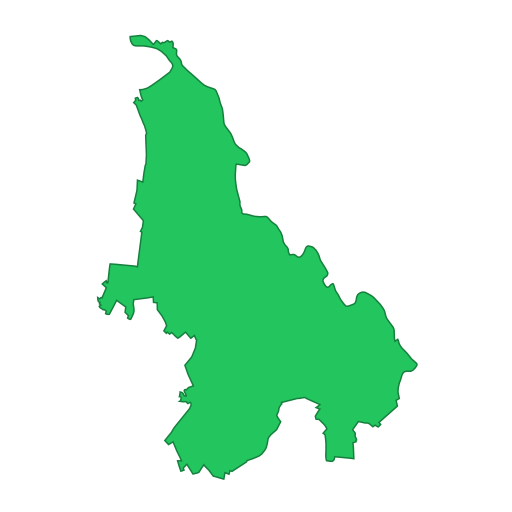 the district of Thanh Mien, Hải Dương, Vietnam, rotated 179°
{"feature_id": "81297802B67689154766571", "entity_name": "Thanh Mien", "entity_type": "district", "adm_level": 2, "iso_a3": "VNM", "parent_name": "Vietnam", "parent_adm1": "Hải Dương", "projection": "equal_earth", "projection_center": [106.217, 20.766], "detail": "fine", "context": "isolated", "style": "filled", "palette": "green", "viewbox_px": 512, "rotation_deg": 179, "n_neighbors": 0, "source": "geoboundaries", "source_scale": "gbopen_adm2", "svg_char_len": 6076}
<svg xmlns="http://www.w3.org/2000/svg" viewBox="0 0 512 512"><g transform="rotate(179 256 256)"><path d="M132.6,205.4L138.8,212.2L141.3,214.3L147.1,217.6L149.6,218.1L151.0,217.9L152.5,217.3L154.0,216.4L154.9,215.6L156.0,213.5L156.7,209.7L157.2,208.3L157.8,207.2L158.7,206.5L159.9,205.9L164.5,204.3L166.2,204.2L167.0,204.4L168.7,206.2L171.4,209.9L172.5,211.6L174.2,215.3L176.9,219.6L177.3,220.6L178.9,226.0L179.3,226.8L179.7,227.0L180.4,226.7L181.9,225.8L183.2,224.3L184.0,223.7L185.1,223.5L185.8,223.7L186.6,224.4L187.8,226.0L188.6,227.5L189.4,229.4L189.5,230.3L189.3,231.4L188.7,232.3L187.8,233.3L185.8,234.6L185.3,235.1L184.6,236.7L184.5,237.8L184.9,238.9L186.8,242.5L191.3,250.0L191.9,251.2L193.0,255.2L194.2,257.9L195.9,260.7L198.3,263.2L199.3,264.0L203.0,265.1L203.9,265.1L204.8,264.7L205.5,264.1L206.2,263.0L207.6,259.5L208.7,257.5L209.9,255.9L211.1,254.8L212.2,254.2L213.2,254.0L214.0,254.2L214.9,254.7L216.6,256.1L217.6,256.7L218.8,256.9L222.3,256.6L223.2,258.5L223.6,260.1L223.7,262.1L224.0,263.0L224.7,264.2L226.9,266.7L228.4,269.5L229.5,275.8L230.6,278.8L231.1,279.8L232.9,282.5L234.8,285.9L235.4,286.5L239.2,289.4L240.5,290.6L243.9,294.6L245.1,295.2L245.9,295.4L250.7,295.1L256.9,295.7L264.4,297.9L267.6,298.2L268.5,298.5L269.1,298.9L269.5,299.8L269.4,302.4L271.0,306.3L271.2,307.8L271.1,310.6L274.1,322.7L274.9,328.4L275.3,333.0L275.3,337.6L274.5,347.3L274.2,348.1L273.6,348.2L266.1,346.8L264.8,346.8L263.6,347.5L260.9,350.2L260.7,351.1L260.8,351.8L261.3,353.7L263.3,358.2L264.5,359.9L268.6,363.2L271.1,364.6L273.9,367.3L275.0,368.7L276.1,371.1L277.4,375.1L279.2,379.1L283.9,385.6L285.1,387.6L285.6,389.0L285.8,390.1L286.3,397.5L287.0,403.7L289.2,410.0L290.2,414.6L292.8,421.3L293.3,422.2L294.0,423.1L295.2,423.8L301.2,425.9L304.4,427.5L305.4,428.2L307.7,430.1L315.7,437.6L321.5,442.8L326.3,447.8L326.9,448.8L327.4,451.6L328.1,453.4L329.1,454.7L331.1,456.9L331.7,457.8L332.0,459.6L331.7,462.8L331.8,463.3L332.1,464.0L332.7,464.6L335.5,465.8L335.2,467.6L335.1,469.7L335.5,471.4L335.9,471.9L336.3,472.2L336.8,472.2L337.7,471.5L339.0,471.5L339.8,472.5L340.8,472.9L343.8,471.1L344.7,470.9L345.8,471.3L347.5,469.8L350.8,472.8L351.5,473.1L351.8,473.1L354.6,469.5L355.1,469.4L359.3,474.1L362.6,476.9L363.8,477.5L367.5,478.5L378.0,477.6L378.0,475.8L377.5,473.0L376.1,470.1L375.6,469.6L374.6,468.8L372.9,468.2L365.0,468.0L362.5,467.7L356.7,466.6L352.6,465.4L350.9,464.7L347.0,462.2L342.2,457.7L339.1,453.0L336.9,450.4L336.1,448.8L335.9,447.3L336.4,445.6L339.0,441.3L349.6,433.6L357.4,428.3L361.6,425.8L365.6,424.6L367.9,424.3L369.4,424.3L368.1,418.2L367.5,416.3L366.5,414.0L368.1,412.7L369.1,413.9L370.5,413.6L370.9,415.7L371.7,416.6L373.9,415.9L373.6,413.6L375.6,411.5L373.2,409.1L372.8,408.2L369.2,397.8L368.2,395.8L366.1,390.1L365.3,388.6L363.9,383.6L363.2,380.3L363.3,380.0L363.9,379.5L364.2,378.5L363.8,359.2L364.4,350.2L365.2,348.3L366.6,340.9L367.9,331.9L373.2,333.9L373.8,324.6L374.2,322.4L377.1,311.1L375.2,310.1L377.7,305.1L368.0,293.3L369.0,286.7L371.1,282.6L369.7,281.9L374.8,247.3L377.2,248.0L396.9,250.2L402.0,250.6L402.5,247.9L404.6,231.8L405.7,231.8L406.2,233.9L408.4,232.3L410.2,230.7L406.2,226.9L410.7,216.8L411.2,217.2L411.7,217.1L412.8,216.1L413.2,216.0L415.0,217.2L414.8,214.7L414.4,213.3L413.7,212.7L412.7,212.4L413.4,210.9L411.9,209.6L413.5,208.6L413.6,208.2L413.5,207.9L412.6,206.9L410.3,205.4L409.8,204.9L408.5,205.0L406.5,203.2L407.4,201.1L406.9,200.6L405.0,200.2L403.7,200.3L403.5,200.5L396.1,214.1L387.1,207.3L387.9,202.0L384.6,198.6L385.5,196.2L384.0,195.2L383.0,194.8L382.2,195.1L379.5,200.7L379.2,202.1L378.9,203.5L379.0,205.5L379.6,210.6L378.9,214.5L365.3,216.0L359.5,216.9L359.3,211.4L355.6,210.9L355.6,204.1L351.0,197.7L347.9,191.8L346.6,187.8L349.4,182.7L347.0,180.3L346.1,181.4L343.7,179.4L341.6,181.0L337.5,176.7L335.6,175.2L333.8,176.2L327.8,181.1L322.6,174.9L319.0,177.6L317.4,173.6L316.8,173.3L318.2,165.1L321.7,156.9L322.3,155.9L329.0,148.0L326.0,138.9L320.9,127.2L325.7,125.7L326.9,124.6L327.7,123.5L328.2,123.5L329.0,123.7L329.8,123.4L330.1,122.8L330.1,122.1L328.4,118.4L328.2,117.5L328.3,117.2L330.2,117.5L331.5,120.1L332.5,120.8L334.2,121.4L334.6,118.5L335.1,116.7L334.1,116.7L333.6,116.4L333.4,116.0L333.3,115.5L333.9,112.7L334.9,112.1L331.4,111.5L328.9,111.6L328.2,111.4L327.1,109.9L326.8,109.7L326.2,109.8L324.8,110.7L324.3,110.8L323.8,110.4L323.6,109.9L323.5,109.1L323.6,107.7L325.2,104.4L338.6,88.4L340.8,85.7L342.2,83.6L343.5,81.3L350.4,73.1L346.7,69.0L342.2,71.6L338.5,62.3L335.2,55.3L334.1,52.5L338.0,52.6L336.3,46.6L334.9,42.2L333.2,42.6L331.7,43.3L332.5,45.2L328.8,49.0L322.8,39.1L318.4,40.1L316.9,40.7L313.5,45.8L311.7,48.2L310.8,46.8L307.0,42.8L302.6,36.7L292.1,33.5L290.8,39.9L286.8,38.3L285.8,41.8L283.7,41.1L269.5,50.0L268.9,50.6L268.5,51.6L262.3,53.6L256.4,56.0L253.6,58.0L251.1,61.0L249.8,62.9L249.0,64.6L247.9,68.7L247.1,73.1L246.3,74.6L244.2,77.1L238.4,82.0L234.2,89.9L236.6,93.3L238.1,96.3L236.2,100.4L235.7,103.2L235.2,104.5L233.3,107.4L232.8,107.7L233.1,109.1L216.9,112.9L215.8,112.8L209.8,113.7L206.9,112.1L194.7,106.4L196.2,105.0L198.6,103.4L194.8,101.8L196.4,99.8L199.5,94.8L198.8,91.8L195.8,91.5L190.4,85.9L188.3,82.5L188.2,81.9L192.0,77.6L190.1,76.2L190.0,75.6L189.5,70.7L189.3,67.3L189.4,60.7L189.7,54.8L189.4,51.3L189.0,50.1L184.9,49.4L183.4,49.4L182.2,50.1L181.5,51.0L180.7,53.9L164.6,52.1L161.7,51.6L162.0,63.9L162.4,67.5L159.2,68.6L159.4,69.9L158.6,70.3L158.9,71.5L160.1,74.0L159.8,77.0L162.4,80.6L161.7,81.6L156.5,88.7L149.7,87.1L147.6,87.1L146.0,86.5L145.0,85.8L142.1,83.2L139.9,84.8L136.9,82.9L135.7,83.9L134.3,85.4L136.0,87.4L117.2,103.5L118.0,106.9L118.4,109.3L115.2,111.0L116.3,116.6L116.4,118.9L116.1,121.5L115.0,126.3L113.7,129.4L112.3,133.9L111.5,135.8L110.2,137.3L109.5,137.8L106.5,138.2L103.4,138.0L101.2,139.0L98.8,141.3L97.0,143.9L97.0,145.2L97.5,146.0L102.2,150.3L106.2,155.5L108.7,158.3L112.0,161.7L113.8,164.6L114.6,166.5L115.2,169.0L115.7,170.2L118.5,168.4L119.0,170.4L119.2,179.1L119.3,180.1L119.6,181.0L120.1,182.3L121.0,183.6L125.7,190.2L126.6,191.8L127.4,194.1L128.3,198.1L128.9,199.7L130.4,202.3L132.6,205.4Z" fill="#22c55e" stroke="#15803d" stroke-width="1.5"/></g></svg>